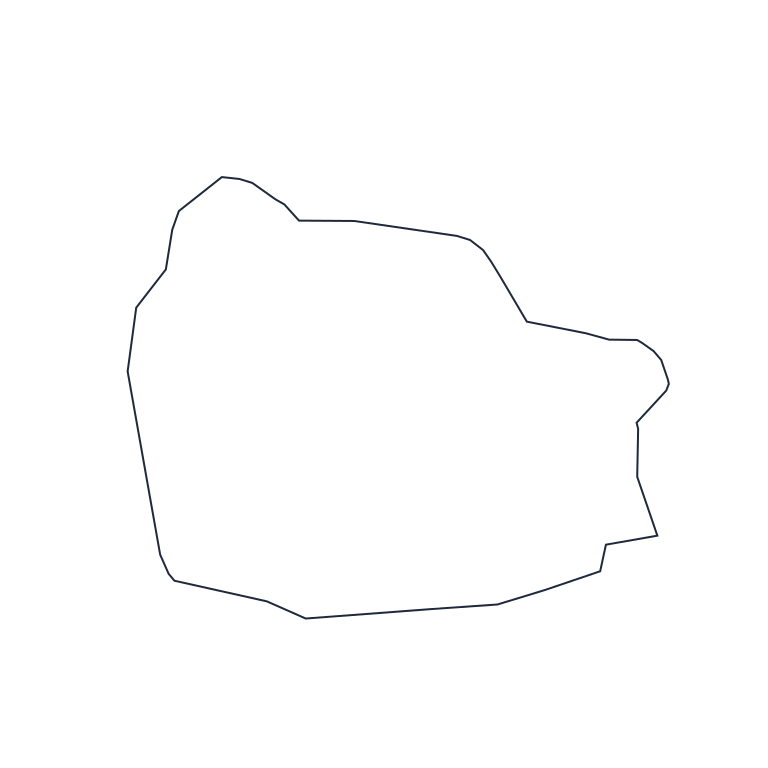 Malvik nor, Sør-Trøndelag, Norway, rotated 160°
{"feature_id": "86288312B32128147413448", "entity_name": "Malvik nor", "entity_type": "district", "adm_level": 2, "iso_a3": "NOR", "parent_name": "Norway", "parent_adm1": "Sør-Trøndelag", "projection": "albers", "projection_center": [10.873, 63.347], "detail": "fine", "context": "isolated", "style": "outline", "palette": "slate", "viewbox_px": 768, "rotation_deg": 160, "n_neighbors": 0, "source": "geoboundaries", "source_scale": "gbopen_adm2", "svg_char_len": 682}
<svg xmlns="http://www.w3.org/2000/svg" viewBox="0 0 768 768"><g transform="rotate(160 384 384)"><path d="M352.8,138.0L303.6,135.4L244.9,134.1L230.4,157.1L179.0,148.0L177.8,210.2L160.5,255.0L159.9,261.2L121.0,281.3L116.3,286.7L115.7,291.5L115.3,311.8L119.4,322.7L127.4,334.3L131.1,338.8L157.3,348.7L176.9,362.6L228.4,393.7L228.8,395.6L238.0,445.1L241.5,462.4L245.1,476.0L253.9,489.9L264.8,498.2L356.3,547.4L408.0,566.6L416.2,586.8L422.8,594.6L439.0,618.0L449.7,626.1L465.6,633.9L517.6,616.7L530.2,601.4L549.8,566.3L590.7,540.5L620.6,483.5L652.7,300.2L651.3,279.3L648.2,270.8L568.4,219.8L537.8,190.4L416.1,156.2L352.8,138.0Z" fill="none" stroke="#1e293b" stroke-width="2"/></g></svg>